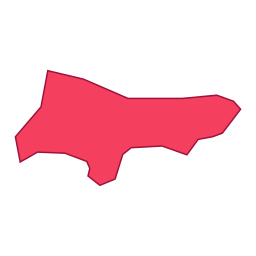 the Metropolitan Borough of Stockport
{"feature_id": "GBR-5683", "entity_name": "Stockport", "entity_type": "Metropolitan Borough", "adm_level": 1, "iso_a3": "GBR", "parent_name": "United Kingdom", "parent_adm1": "", "projection": "equal_earth", "projection_center": [-2.122, 53.379], "detail": "fine", "context": "isolated", "style": "filled", "palette": "rose", "viewbox_px": 256, "rotation_deg": 0, "n_neighbors": 0, "source": "natural_earth", "source_scale": "10m", "svg_char_len": 415}
<svg xmlns="http://www.w3.org/2000/svg" viewBox="0 0 256 256"><path d="M216.7,95.2L233.4,101.2L240.6,109.2L222.4,133.1L212.7,136.7L198.1,139.4L186.9,154.8L162.1,146.0L131.1,147.7L122.7,154.5L115.1,179.0L99.9,185.3L88.0,176.0L89.8,168.3L86.7,161.4L65.0,153.2L37.5,152.1L20.2,162.0L15.4,136.8L41.0,106.9L47.8,70.7L83.6,79.2L127.9,98.4L182.5,98.4L216.7,95.2Z" fill="#f43f5e" stroke="#9f1239" stroke-width="1.5"/></svg>